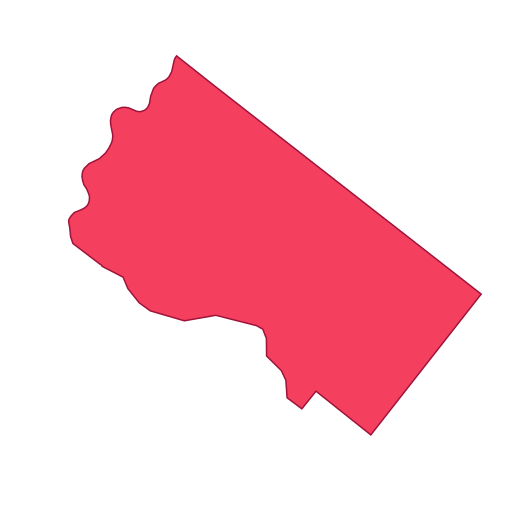 Cass, Nebraska, United States of America, rotated 218°
{"feature_id": "52423323B68486838803795", "entity_name": "Cass", "entity_type": "district", "adm_level": 2, "iso_a3": "USA", "parent_name": "United States of America", "parent_adm1": "Nebraska", "projection": "natural_earth1", "projection_center": [-95.933, 40.925], "detail": "fine", "context": "isolated", "style": "filled", "palette": "rose", "viewbox_px": 512, "rotation_deg": 218, "n_neighbors": 0, "source": "geoboundaries", "source_scale": "gbopen_adm2", "svg_char_len": 1176}
<svg xmlns="http://www.w3.org/2000/svg" viewBox="0 0 512 512"><g transform="rotate(218 256 256)"><path d="M55.4,185.7L55.1,364.6L394.1,364.5L441.8,364.8L441.6,361.7L440.8,359.5L435.9,349.3L434.9,343.5L435.2,340.5L435.8,338.6L439.1,332.1L439.8,328.2L439.9,325.0L437.4,317.1L433.8,310.5L433.0,307.1L432.9,305.2L433.4,302.7L433.9,301.6L435.7,298.9L436.6,298.1L439.0,296.6L447.4,294.4L450.7,292.6L453.0,290.7L455.3,287.3L456.2,285.4L456.9,281.9L456.7,278.7L456.0,276.8L454.5,273.9L453.9,272.9L451.2,269.9L443.9,263.6L442.4,261.9L440.4,258.5L439.5,256.1L438.3,249.9L438.0,244.4L439.4,236.2L444.4,226.0L445.3,219.4L444.9,216.8L444.1,214.8L442.1,211.5L438.8,208.5L435.5,206.2L430.5,204.5L425.8,201.8L423.7,200.2L421.4,196.9L420.2,193.5L420.1,190.9L420.7,188.3L422.3,184.7L425.9,178.5L426.4,173.8L426.1,170.6L425.6,168.9L424.8,167.7L419.9,163.3L413.9,157.0L407.9,153.1L373.8,153.5L373.0,153.7L372.3,153.7L371.6,153.5L370.9,153.1L347.7,157.5L336.8,151.4L319.1,147.2L305.5,147.7L272.6,160.8L251.2,184.5L212.6,201.5L205.6,202.5L197.0,197.4L186.1,183.7L165.5,181.3L156.0,176.5L144.2,163.4L125.8,163.8L125.5,186.4L55.4,185.7Z" fill="#f43f5e" stroke="#9f1239" stroke-width="1.5"/></g></svg>